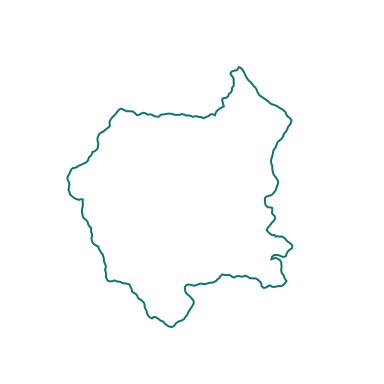 outline of Veríssimo, Minas Gerais, Brazil, rotated 202°
{"feature_id": "56859067B45649310910590", "entity_name": "Veríssimo", "entity_type": "district", "adm_level": 2, "iso_a3": "BRA", "parent_name": "Brazil", "parent_adm1": "Minas Gerais", "projection": "mercator", "projection_center": [-48.356, -19.616], "detail": "fine", "context": "isolated", "style": "outline", "palette": "teal", "viewbox_px": 384, "rotation_deg": 202, "n_neighbors": 0, "source": "geoboundaries", "source_scale": "gbopen_adm2", "svg_char_len": 4796}
<svg xmlns="http://www.w3.org/2000/svg" viewBox="0 0 384 384"><g transform="rotate(202 192 192)"><path d="M126.7,295.7L129.2,297.4L131.6,297.8L133.4,299.2L135.3,301.1L137.6,302.0L139.5,302.5L141.8,302.7L144.4,303.3L146.9,303.6L149.8,303.4L151.9,303.4L153.8,303.9L155.8,304.8L157.9,305.3L160.1,305.7L162.6,306.3L165.1,306.8L167.0,307.8L169.0,309.5L170.6,311.3L172.1,312.4L174.5,313.4L176.9,315.0L178.9,315.8L180.9,316.5L182.8,317.5L184.4,318.7L186.6,320.6L188.7,322.6L190.9,324.2L193.2,325.3L195.4,325.3L195.7,322.5L197.1,320.9L198.7,320.1L200.5,318.3L200.8,316.4L199.5,315.1L197.8,314.2L196.1,313.0L195.1,310.7L193.5,307.6L193.3,305.2L193.9,303.4L193.1,301.6L193.2,298.8L194.6,296.6L194.3,294.5L195.1,292.7L196.7,291.5L198.7,290.2L198.3,288.0L197.0,286.6L195.7,284.8L194.6,283.3L196.4,281.2L197.8,279.2L198.9,277.3L199.7,274.7L199.5,271.7L201.7,271.9L203.8,271.0L205.2,268.5L207.8,266.0L209.1,264.7L211.6,264.9L214.0,264.1L216.5,264.0L219.1,262.1L221.7,262.1L223.8,261.8L225.8,260.7L228.0,260.9L230.4,260.5L232.7,258.7L235.0,257.8L237.0,257.0L239.3,257.1L241.5,256.4L243.4,255.8L246.1,254.1L248.5,252.7L250.1,251.7L250.7,249.5L253.1,248.7L255.4,248.1L258.2,248.7L260.4,248.1L262.3,247.0L264.5,247.6L266.9,247.2L268.7,245.5L269.9,243.8L272.1,242.7L274.7,243.9L277.2,244.5L279.5,243.7L282.2,242.6L285.2,242.5L287.7,242.8L289.6,242.3L290.9,240.0L291.6,237.1L292.2,235.3L292.9,233.4L293.9,231.3L294.5,229.0L294.8,226.7L294.2,224.7L293.0,222.8L293.6,220.8L294.5,219.1L295.8,217.0L297.0,214.6L298.4,213.4L299.5,211.6L299.9,209.3L299.8,206.5L298.7,203.9L296.9,201.7L296.5,199.5L295.8,197.3L296.5,195.2L297.5,193.2L299.3,191.8L299.1,189.9L299.2,188.0L300.4,185.7L300.4,181.8L301.6,179.2L303.5,177.6L304.7,175.9L306.4,174.5L308.1,172.1L309.8,170.4L311.5,169.4L312.4,167.6L312.4,165.7L312.4,163.5L312.8,161.0L313.0,158.8L311.9,156.8L309.9,155.1L308.4,152.9L307.9,150.3L307.3,147.7L305.4,145.8L304.1,144.0L301.2,142.9L298.9,142.3L296.3,142.2L294.0,142.3L292.3,143.7L290.5,144.2L289.6,141.6L288.6,139.8L287.9,137.5L287.7,135.5L287.1,133.7L286.2,131.5L284.8,129.6L283.5,127.8L281.6,126.9L279.3,126.2L277.4,124.9L275.8,122.8L273.7,121.4L271.8,120.7L271.3,119.0L270.6,117.2L269.1,115.7L268.0,113.7L268.0,111.3L266.8,109.7L265.2,107.9L263.4,106.9L260.5,106.5L258.3,106.2L257.1,104.5L255.2,103.1L253.4,101.7L251.6,100.8L250.2,99.0L248.9,97.5L248.2,95.7L246.7,93.7L244.7,91.9L243.6,89.7L243.6,87.5L242.5,86.0L240.8,83.8L240.3,81.5L238.9,79.8L237.1,78.3L235.0,78.2L232.8,79.3L230.6,81.1L228.5,80.9L224.9,81.8L222.2,81.5L219.8,82.1L216.8,82.9L215.0,82.6L213.6,81.1L211.6,79.4L210.4,77.2L208.6,76.8L206.2,76.5L203.9,75.4L202.8,73.9L201.3,73.0L199.4,73.0L197.1,72.3L195.1,71.3L193.7,69.8L193.0,67.8L191.3,66.2L189.3,64.4L187.9,62.2L185.9,60.6L183.5,59.8L181.7,59.8L180.9,61.7L178.4,62.4L175.9,61.8L172.5,60.9L170.2,61.2L168.2,59.8L165.3,59.1L163.2,58.7L160.1,59.2L158.3,61.4L157.7,64.2L156.6,66.1L155.3,67.5L153.6,68.9L152.0,70.7L151.5,72.7L150.9,74.8L150.4,76.7L150.4,78.8L150.1,81.1L149.6,83.6L149.0,86.4L148.7,89.6L150.0,91.9L152.7,93.4L154.6,94.3L156.7,95.1L158.5,95.6L160.3,96.6L161.6,98.4L162.9,100.6L162.5,103.2L161.0,104.7L159.2,105.3L156.8,105.6L154.9,105.9L152.7,107.6L151.1,109.3L149.3,110.5L146.9,111.0L145.2,111.6L143.6,113.0L141.3,114.6L139.0,115.7L137.7,117.0L136.4,118.4L135.8,120.3L134.4,122.3L134.2,124.5L132.9,127.0L130.1,127.4L128.3,128.0L126.8,129.1L124.9,128.9L122.8,128.4L120.9,128.5L119.3,130.5L117.1,131.6L114.9,131.9L113.2,132.6L111.4,134.3L109.2,134.5L106.3,133.7L103.6,134.6L100.6,135.7L98.5,135.5L96.7,134.8L95.0,134.2L93.5,132.9L92.2,130.8L89.7,129.9L88.1,130.8L86.8,132.1L86.0,133.7L84.4,134.6L82.1,134.1L79.8,135.0L77.7,136.5L76.2,137.4L74.3,138.0L72.5,140.0L71.6,142.5L71.0,144.8L73.5,146.4L75.7,149.0L78.3,150.4L80.0,152.8L80.7,155.6L81.8,157.9L83.0,160.3L85.0,161.8L87.8,162.2L90.3,162.2L91.7,160.6L93.2,159.4L93.6,162.0L92.1,164.5L89.3,165.5L86.9,165.9L84.7,165.8L82.8,166.0L81.0,167.6L81.1,169.8L81.0,172.3L80.0,174.9L78.3,177.0L78.6,179.3L80.1,180.7L82.6,181.4L85.3,182.0L87.1,183.1L89.5,184.2L92.2,184.4L93.8,183.4L96.0,183.1L97.9,182.0L99.5,183.1L101.5,182.0L103.5,182.4L106.0,183.3L108.6,184.7L108.4,187.3L107.5,189.5L107.0,191.3L106.5,193.3L105.5,195.5L104.9,198.6L106.3,200.6L108.6,201.5L110.2,202.7L110.8,205.4L111.7,207.2L113.5,207.2L116.0,206.2L118.5,207.2L120.3,209.3L121.5,212.0L122.1,213.8L121.2,215.7L119.4,217.1L117.1,219.1L116.0,221.6L115.4,223.6L115.1,225.9L115.4,228.0L115.4,230.5L115.4,232.6L116.7,234.7L119.0,236.5L121.5,237.9L123.1,239.0L124.3,240.5L126.0,243.1L127.4,246.3L129.6,248.7L130.7,251.2L130.9,253.5L131.1,256.5L131.8,259.4L132.0,261.8L131.3,264.1L131.3,267.3L131.2,270.5L130.0,272.9L129.0,274.6L128.4,276.8L128.5,280.2L127.5,283.6L127.2,286.2L127.3,288.3L126.6,290.7L126.1,293.1L126.7,295.7Z" fill="none" stroke="#0f766e" stroke-width="2"/></g></svg>